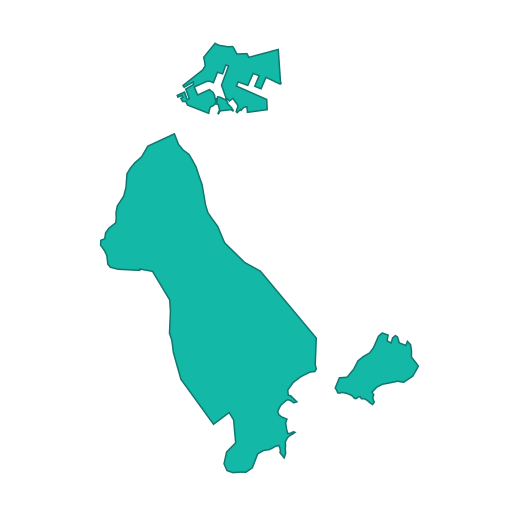 Jung-gu [Central District], Incheon, South Korea, rotated 266°
{"feature_id": "91817680B6497324316239", "entity_name": "Jung-gu [Central District]", "entity_type": "district", "adm_level": 2, "iso_a3": "KOR", "parent_name": "South Korea", "parent_adm1": "Incheon", "projection": "robinson", "projection_center": [126.503, 37.45], "detail": "fine", "context": "isolated", "style": "filled", "palette": "teal", "viewbox_px": 512, "rotation_deg": 266, "n_neighbors": 0, "source": "geoboundaries", "source_scale": "gbopen_adm2", "svg_char_len": 3266}
<svg xmlns="http://www.w3.org/2000/svg" viewBox="0 0 512 512"><g transform="rotate(266 256 256)"><path d="M298.9,118.4L294.1,111.3L289.6,107.6L283.8,106.3L282.5,102.3L277.7,101.7L271.6,105.4L266.5,107.3L258.1,107.6L254.9,110.0L252.4,117.4L249.8,139.0L251.1,139.3L247.9,151.7L218.3,166.8L206.8,166.8L184.9,164.3L178.2,166.1L172.7,166.5L165.7,166.8L138.3,172.5L91.1,201.9L101.7,218.3L94.1,222.2L71.1,222.7L62.5,213.0L51.0,209.6L44.0,212.1L41.5,217.8L41.5,225.1L41.0,230.9L45.0,237.6L58.5,243.9L61.5,250.1L62.0,255.9L63.3,259.1L64.8,262.1L65.4,265.6L62.9,266.4L60.2,266.8L58.2,266.2L52.6,270.0L56.9,271.8L61.9,271.8L63.7,272.1L66.0,272.3L68.5,272.3L72.6,274.7L74.4,277.1L75.9,280.2L77.3,282.6L78.1,281.0L76.7,277.9L76.7,275.3L80.6,274.5L87.4,273.9L91.1,275.5L93.9,270.0L96.0,267.8L99.3,266.8L103.4,269.0L105.7,270.6L110.2,276.7L110.2,278.7L108.5,281.8L106.9,283.2L107.7,286.6L111.0,283.6L114.1,281.0L114.9,278.5L120.0,278.3L127.2,284.2L132.6,292.5L136.3,301.4L136.5,303.2L136.7,306.7L139.1,308.3L143.5,307.5L169.9,310.4L240.6,259.3L250.2,244.4L271.3,225.6L288.3,219.8L295.8,215.0L302.4,211.1L310.4,209.2L320.9,208.2L331.0,207.2L339.5,204.8L349.0,202.4L355.5,199.5L362.1,196.2L366.6,190.9L372.6,186.5L383.6,183.1L373.1,155.7L363.0,148.9L357.5,141.7L352.5,136.9L347.0,133.0L340.5,132.1L333.5,131.1L324.9,128.2L315.6,121.1L308.5,119.3L304.4,119.3L298.9,118.4ZM445.3,215.8L431.2,195.1L429.3,196.1L434.1,205.6L431.5,205.6L427.4,197.6L417.7,200.4L416.6,198.3L424.6,196.1L421.7,188.6L419.9,189.2L421.3,193.4L419.5,194.0L418.4,192.0L415.2,193.6L415.0,196.7L411.3,198.3L401.6,218.8L404.7,219.6L406.9,220.4L408.0,221.2L408.7,223.3L409.3,224.3L410.0,224.8L410.3,225.3L410.4,226.0L415.7,227.1L415.8,225.9L418.9,226.0L422.0,224.6L425.3,221.2L420.7,209.0L428.9,206.2L433.6,218.9L433.5,222.4L431.8,225.6L442.0,230.4L440.0,235.4L448.6,239.2L447.5,241.9L428.8,233.5L415.1,237.3L414.3,235.9L416.9,231.3L417.5,228.8L410.3,227.3L409.7,228.8L408.7,229.1L404.0,229.8L400.9,228.0L400.5,228.4L403.3,230.5L403.7,241.3L402.3,243.1L402.6,243.5L405.3,242.1L405.7,241.9L410.3,238.0L410.8,238.5L413.4,237.2L414.5,238.6L412.4,240.2L414.8,243.9L408.9,247.6L407.6,248.3L406.3,248.3L401.5,246.3L400.3,247.2L403.2,250.7L402.3,251.2L405.1,254.2L405.6,257.3L399.9,257.5L401.2,277.4L411.4,277.6L426.9,248.3L430.9,250.4L426.7,259.7L438.3,265.9L435.6,271.7L425.4,266.6L422.4,272.7L433.5,278.4L425.8,292.1L426.4,293.0L428.0,292.6L460.4,292.6L460.5,292.6L454.7,262.7L458.5,261.1L458.8,251.0L464.6,248.5L466.6,247.3L466.6,242.9L468.8,233.7L471.0,230.0L457.9,217.7L453.1,218.3L449.2,218.6L445.3,215.8ZM148.3,356.2L144.3,350.4L136.3,345.6L128.7,338.4L128.7,330.7L118.7,325.8L116.5,327.1L113.7,328.0L113.4,330.2L113.9,332.0L113.4,334.4L112.4,337.5L110.8,340.7L109.1,342.9L107.1,344.2L106.7,346.0L108.1,348.0L108.3,350.0L106.2,351.2L106.0,354.3L104.2,356.9L101.7,359.3L99.7,362.0L102.1,363.8L104.2,363.0L106.9,362.6L109.3,363.8L112.2,362.2L113.8,364.2L116.7,367.3L119.2,373.1L120.2,381.3L121.2,388.6L119.7,394.4L125.2,404.0L134.7,410.3L138.7,407.9L144.3,404.0L150.3,404.5L156.8,404.0L160.3,401.1L156.3,399.2L159.3,392.9L165.3,391.5L166.9,389.5L164.8,386.6L159.8,384.7L162.3,380.8L167.9,382.3L170.4,376.5L167.4,372.6L156.3,366.8L151.3,362.5L148.3,356.2Z" fill="#14b8a6" stroke="#0f766e" stroke-width="1.5"/></g></svg>